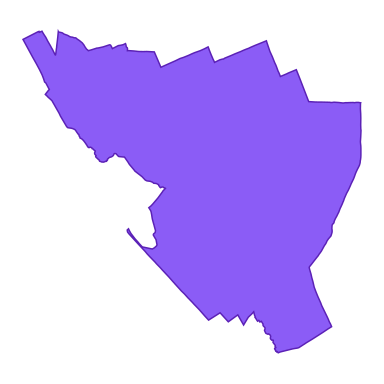 Fantanele, Iasi, Romania (Albers equal-area conic projection)
{"feature_id": "2599482B12543048192025", "entity_name": "Fantanele", "entity_type": "district", "adm_level": 2, "iso_a3": "ROU", "parent_name": "Romania", "parent_adm1": "Iasi", "projection": "albers", "projection_center": [27.177, 47.409], "detail": "fine", "context": "isolated", "style": "filled", "palette": "violet", "viewbox_px": 384, "rotation_deg": 0, "n_neighbors": 0, "source": "geoboundaries", "source_scale": "gbopen_adm2", "svg_char_len": 5864}
<svg xmlns="http://www.w3.org/2000/svg" viewBox="0 0 384 384"><path d="M331.6,326.7L330.5,324.0L329.4,322.0L328.3,319.3L327.3,317.1L321.7,305.6L320.7,302.9L317.8,296.4L316.0,292.0L314.2,287.2L312.9,281.6L311.8,277.7L311.0,274.1L309.7,269.7L309.3,268.0L309.2,267.6L309.3,267.2L309.4,266.9L309.7,266.4L310.2,265.9L316.5,257.8L318.2,255.7L319.1,254.2L320.2,252.8L321.5,250.9L324.4,245.6L325.5,244.1L326.4,242.5L326.6,241.8L327.0,241.0L328.4,238.9L330.5,236.5L331.1,235.7L331.1,235.2L331.6,234.0L332.1,232.0L332.1,230.0L331.9,228.8L331.9,228.0L332.0,226.5L332.0,226.0L332.2,224.9L332.4,224.6L332.6,224.2L333.5,223.4L334.0,222.6L334.1,221.7L334.7,220.1L335.5,218.4L336.7,216.3L338.2,213.2L338.7,212.3L340.2,208.3L340.8,207.1L342.5,203.4L342.7,202.7L343.5,201.0L344.1,199.2L344.2,198.8L344.8,197.4L346.6,193.3L348.5,189.8L350.4,185.6L351.1,183.9L352.7,180.6L353.5,179.0L354.5,176.4L355.4,173.8L356.1,172.1L357.5,169.1L357.9,168.4L359.4,165.4L360.1,162.9L360.3,160.7L360.5,159.9L360.8,157.4L360.9,155.2L360.9,148.5L360.8,145.9L360.5,143.1L360.4,141.8L360.7,137.3L360.8,135.2L361.0,130.4L360.8,128.8L360.7,125.0L360.8,118.4L360.7,113.8L360.4,108.9L360.5,103.4L360.7,102.8L358.3,102.4L356.5,102.4L355.0,102.6L354.4,102.7L353.1,102.5L349.1,102.6L347.6,102.7L345.3,102.7L344.1,102.9L343.0,103.0L338.7,102.5L333.9,102.2L332.7,102.4L331.4,102.5L330.8,102.5L330.0,102.3L321.8,102.1L318.9,102.1L315.0,102.0L308.7,101.6L300.3,79.8L296.3,69.7L288.1,73.1L287.0,73.7L280.4,76.5L278.8,72.5L278.1,71.2L277.6,69.8L276.7,67.3L275.9,65.2L274.7,62.7L272.4,56.9L269.9,51.4L266.9,42.5L266.4,40.8L256.8,44.7L255.5,45.2L250.2,47.5L248.6,48.3L246.4,49.1L243.2,50.4L240.8,51.5L234.8,53.9L231.9,55.2L224.4,58.3L224.2,58.5L223.6,59.0L222.9,59.1L222.4,59.1L219.9,59.8L214.5,62.4L214.1,61.3L213.0,59.1L212.6,58.1L211.0,54.4L209.1,49.6L208.8,48.6L208.1,46.9L204.2,48.9L200.2,50.7L194.5,52.7L191.7,53.9L188.7,55.3L183.5,57.4L180.1,58.5L175.6,60.7L163.7,66.0L160.9,67.3L154.3,51.9L146.8,51.5L143.1,51.6L138.6,51.5L134.1,51.0L129.8,50.7L128.6,50.6L127.4,50.7L127.5,48.6L127.3,47.8L126.3,46.9L125.9,44.7L125.5,43.6L123.1,44.7L120.9,45.2L118.3,45.6L112.4,48.6L111.5,46.7L110.7,45.3L110.4,45.0L109.6,44.8L109.2,44.9L103.1,46.9L98.1,48.0L96.8,48.1L91.2,49.9L88.3,50.7L87.6,49.9L86.7,49.3L86.4,48.9L85.0,46.9L83.8,44.8L83.3,44.2L82.3,42.9L79.5,40.6L77.1,39.0L76.0,38.0L75.4,37.8L74.2,37.8L72.6,37.2L71.0,37.0L69.9,36.7L67.7,35.4L64.1,34.1L63.5,33.7L62.7,33.1L62.1,32.8L61.4,32.6L59.1,32.1L58.5,31.9L58.3,31.5L58.0,34.6L57.8,36.8L56.7,46.2L56.6,47.7L56.4,48.6L56.0,52.2L55.6,54.6L55.5,54.9L55.3,54.9L55.1,54.8L52.5,49.5L51.6,48.0L50.6,46.1L47.6,40.9L46.1,37.9L45.4,36.7L44.5,35.4L42.7,32.5L42.0,31.2L39.3,32.3L39.0,31.4L37.7,31.9L23.0,39.4L32.5,56.9L36.5,64.0L39.4,69.4L42.1,74.9L43.6,78.8L44.6,82.0L45.4,82.6L45.9,83.1L48.6,88.2L49.3,89.5L48.4,90.4L45.3,94.4L46.1,95.2L46.9,95.9L48.2,97.3L51.9,100.6L59.2,113.4L60.5,116.2L66.7,126.7L67.8,127.7L70.5,128.1L71.3,128.2L73.0,128.7L74.3,129.3L74.9,129.6L75.6,130.4L76.4,131.6L77.0,132.5L77.4,133.0L77.9,133.9L78.8,134.4L78.9,134.8L79.0,135.5L79.4,136.5L79.8,137.0L80.1,138.1L81.1,138.5L81.7,138.9L82.3,139.3L83.7,140.8L85.0,142.5L87.1,145.6L87.3,146.1L88.2,147.3L88.5,147.5L89.2,147.6L90.2,147.2L90.7,147.2L90.9,147.3L91.4,147.7L91.8,147.8L91.9,148.0L92.1,148.6L92.3,148.8L92.9,148.9L93.6,149.5L93.8,149.9L94.0,150.0L95.0,150.7L95.2,151.2L95.0,151.4L95.0,151.6L95.0,151.9L94.9,152.2L94.6,152.8L94.6,153.2L94.7,153.6L94.8,154.0L95.0,154.5L95.9,155.3L96.0,155.7L95.7,156.3L95.7,156.7L95.8,156.9L96.2,157.4L97.2,158.3L98.0,159.1L99.1,160.0L99.6,161.2L99.8,161.3L100.6,161.5L101.6,162.0L103.7,162.1L105.1,161.6L105.5,161.3L106.5,161.3L106.5,161.1L106.7,160.6L107.4,160.2L107.5,159.9L107.4,159.5L107.6,159.0L108.2,158.6L108.6,158.1L109.5,157.4L109.8,157.3L110.3,157.2L111.6,156.8L111.9,156.6L112.8,156.0L113.5,155.2L113.9,154.2L114.2,153.7L114.8,153.5L115.5,153.6L116.0,153.7L117.8,155.7L118.5,156.4L119.2,156.6L124.5,157.1L127.8,161.8L129.4,164.4L133.8,169.6L134.9,171.1L142.1,176.7L145.3,180.1L147.0,180.9L150.2,181.3L152.7,182.3L153.6,183.2L156.3,183.5L157.5,184.1L158.6,184.7L158.7,185.6L159.2,186.0L160.0,187.3L160.5,187.7L162.0,187.0L163.0,187.0L163.5,187.6L164.4,187.8L165.4,188.3L164.4,189.5L163.2,190.6L162.4,191.9L157.9,198.0L152.8,204.0L150.9,206.0L148.8,207.7L150.4,210.2L150.9,211.2L151.1,211.9L151.7,214.9L151.8,215.6L152.1,217.7L152.4,219.3L153.4,223.0L154.1,225.4L154.5,227.0L155.5,230.6L155.2,232.3L154.9,232.8L153.7,233.8L153.4,234.3L153.3,235.0L154.8,237.7L156.0,239.6L156.2,240.6L157.0,244.8L156.6,245.8L154.4,247.8L152.3,249.0L142.3,246.9L139.3,243.7L138.1,242.2L135.1,238.9L132.5,235.5L130.9,233.4L129.5,230.9L128.5,228.8L127.2,230.0L127.5,231.9L127.9,232.5L128.9,233.8L138.2,244.0L141.1,247.1L145.3,251.6L147.0,253.7L148.3,255.1L149.7,256.6L153.2,260.2L155.6,262.7L156.2,263.5L160.1,267.5L162.6,270.3L168.7,276.8L175.5,284.5L177.8,287.0L181.4,291.0L184.4,293.9L188.1,298.0L192.4,302.4L194.1,304.3L199.4,309.8L204.9,316.1L208.6,320.1L220.1,312.8L228.3,321.8L237.8,314.9L243.6,325.0L248.3,317.2L251.6,314.1L253.7,311.8L254.5,315.1L255.2,316.9L255.0,317.4L255.7,318.2L256.8,320.1L257.6,321.2L258.8,320.4L259.7,321.6L259.9,322.0L261.3,321.3L263.0,324.0L263.0,324.9L263.1,325.5L263.5,326.2L264.0,326.5L264.3,327.0L264.8,327.4L265.0,328.1L265.0,328.8L264.9,329.4L264.6,329.8L264.5,330.3L264.6,330.7L265.7,333.1L266.0,333.4L267.8,334.2L268.1,334.2L268.6,333.9L268.8,334.0L270.1,335.0L270.5,335.7L270.7,336.7L270.5,337.1L270.3,338.1L270.6,339.0L271.8,340.2L273.0,340.1L273.3,340.5L273.0,342.4L275.3,345.5L275.1,346.7L275.8,347.3L275.8,347.6L275.6,347.9L274.7,348.3L274.6,348.5L274.6,348.9L275.4,349.9L275.3,350.1L275.6,350.6L275.7,351.1L276.1,351.1L276.8,352.0L277.3,351.7L278.2,352.8L280.1,352.0L292.9,348.8L297.7,348.0L298.9,347.6L306.6,342.6L311.9,339.4L322.7,332.5L327.9,329.0L331.6,326.7Z" fill="#8b5cf6" stroke="#5b21b6" stroke-width="1.5"/></svg>